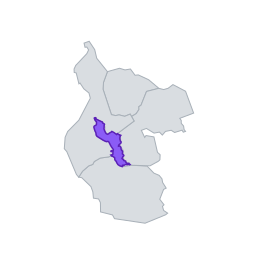 map of Malawi with United Republic of Tanzania, Zimbabwe, Zambia and Mozambique greyed out, rotated 159°
{"feature_id": "MWI", "entity_name": "Malawi", "entity_type": "country or territory", "adm_level": 0, "iso_a3": "MWI", "parent_name": "Africa", "parent_adm1": "", "projection": "mercator", "projection_center": [34.097, -13.263], "detail": "fine", "context": "with_neighbors", "style": "filled", "palette": "violet", "viewbox_px": 256, "rotation_deg": 159, "n_neighbors": 4, "source": "natural_earth", "source_scale": "50m", "svg_char_len": 5069}
<svg xmlns="http://www.w3.org/2000/svg" viewBox="0 0 256 256"><g transform="rotate(159 128 128)"><path d="M146.2,33.0L173.1,48.2L173.6,52.4L183.7,59.5L180.5,68.2L180.9,72.3L185.4,74.9L183.7,81.0L183.6,86.6L189.0,98.2L191.6,99.8L186.0,103.9L178.3,106.7L174.0,106.6L171.5,108.8L164.7,109.9L156.2,107.9L150.9,108.4L148.9,98.6L145.1,93.3L138.1,92.0L123.8,85.6L120.0,76.6L115.9,72.6L114.5,68.4L115.2,64.7L113.9,58.2L116.8,57.9L123.9,50.1L121.9,43.4L123.9,42.5L124.3,38.3L121.5,34.3L124.0,33.5L146.2,33.0Z" fill="#d9dde1" stroke="#a8b0b8" stroke-width="1"/><path d="M127.0,188.0L114.5,186.8L110.0,183.3L104.6,182.2L102.5,174.7L99.4,173.9L91.4,165.6L85.0,154.0L97.6,155.5L107.7,144.6L110.3,144.0L111.1,141.4L115.1,138.5L120.5,137.5L121.0,140.2L126.9,140.1L131.7,143.5L135.1,144.0L138.7,146.4L137.4,173.2L134.5,179.4L127.0,188.0Z" fill="#d9dde1" stroke="#a8b0b8" stroke-width="1"/><path d="M121.0,84.8L138.1,92.0L141.5,95.2L143.3,101.3L140.6,109.1L142.0,115.1L139.8,117.6L137.6,124.4L141.3,126.2L119.8,132.3L120.5,137.5L115.1,138.5L111.1,141.4L110.3,144.0L107.7,144.6L97.6,155.5L85.0,154.0L80.9,151.1L76.3,150.7L70.5,152.4L61.1,141.7L61.4,118.4L76.2,118.5L75.6,116.0L76.6,113.3L75.4,109.9L76.2,106.4L75.5,104.2L77.9,104.3L78.3,106.6L86.1,107.1L88.5,110.4L94.2,111.4L98.5,109.1L100.1,112.9L105.5,113.9L111.0,121.0L116.4,121.0L115.8,113.2L113.9,114.5L107.0,110.4L109.2,94.7L107.6,91.5L109.6,86.9L111.5,86.1L121.0,84.8Z" fill="#d9dde1" stroke="#a8b0b8" stroke-width="1"/><path d="M150.9,108.4L156.2,107.9L164.7,109.9L171.5,108.8L174.0,106.6L178.3,106.7L186.0,103.9L191.6,99.8L192.8,103.0L193.6,127.9L194.9,131.5L190.0,141.9L185.5,146.4L171.1,152.9L152.5,169.3L151.9,174.7L155.2,180.4L156.7,187.2L158.0,186.8L156.6,197.9L158.3,199.2L157.2,202.4L154.3,205.2L139.9,212.1L136.8,215.0L137.4,218.3L139.2,218.8L138.6,223.0L133.2,222.9L131.0,213.1L132.2,204.3L127.0,188.0L134.5,179.4L137.4,173.2L138.7,146.4L135.1,144.0L131.7,143.5L126.9,140.1L121.0,140.2L119.8,132.3L141.3,126.2L145.4,129.8L147.4,129.1L150.2,130.9L150.6,133.9L149.1,137.3L149.6,142.5L154.2,147.0L156.4,141.9L159.4,140.4L158.8,130.9L155.9,125.6L153.3,123.3L150.9,123.4L148.9,113.9L150.9,108.4Z" fill="#d9dde1" stroke="#a8b0b8" stroke-width="1"/><path d="M141.2,126.6L140.9,126.0L140.6,126.2L140.1,126.5L139.9,126.6L139.7,126.5L139.6,126.3L139.3,125.6L138.9,125.1L138.5,124.9L138.2,124.7L138.3,124.5L138.4,124.3L138.4,124.2L138.2,123.9L137.5,123.6L138.1,123.2L138.5,122.8L138.8,122.5L139.1,121.8L139.4,121.0L139.6,120.8L139.7,120.3L139.6,119.8L139.7,119.1L139.8,118.4L139.6,118.2L139.4,117.7L139.6,117.0L140.0,116.5L141.5,115.9L142.6,115.5L142.9,115.3L143.2,114.8L143.4,114.4L142.4,114.3L142.2,114.1L141.6,112.7L141.9,111.1L142.0,110.5L142.0,109.7L141.9,109.1L141.6,108.9L141.4,108.5L141.5,107.7L142.3,106.5L142.5,105.8L142.2,105.3L141.9,104.6L141.7,104.1L141.7,103.9L141.9,103.6L142.3,103.3L142.7,103.3L143.1,103.1L144.5,101.7L144.3,101.0L143.7,100.3L143.6,100.0L143.6,99.2L143.4,98.9L142.6,98.4L142.0,97.8L142.2,97.2L142.3,96.5L142.0,96.1L141.6,95.8L141.3,95.2L141.2,94.8L140.9,94.6L140.6,94.6L140.3,94.9L140.1,94.9L139.8,94.8L139.7,94.4L139.7,94.0L139.5,93.8L139.3,93.4L139.2,93.2L139.4,93.2L139.6,93.1L140.7,93.9L141.4,93.9L142.2,94.0L142.8,94.7L143.1,94.7L143.6,94.7L144.8,94.6L145.2,94.7L145.9,95.1L146.1,95.1L146.5,95.1L146.6,94.8L146.5,94.4L146.6,94.1L146.9,93.9L147.5,94.2L149.2,95.6L150.3,97.1L150.6,97.7L150.6,98.0L150.9,99.2L151.0,99.8L150.9,100.2L150.9,100.6L151.1,101.1L151.0,101.3L151.4,102.0L151.6,102.6L151.6,103.2L151.5,103.8L151.2,104.6L151.1,105.0L151.2,105.3L151.4,105.6L151.8,106.0L152.0,106.4L152.2,106.9L152.4,107.2L152.6,107.1L152.9,107.2L153.2,107.5L153.5,108.0L153.6,108.6L153.7,108.9L152.8,108.8L151.6,108.9L151.3,109.2L151.2,109.7L150.8,110.7L150.6,111.1L150.2,111.8L149.6,112.8L149.4,113.1L149.5,113.4L149.8,114.8L150.2,116.2L150.3,116.7L150.6,118.6L150.7,120.0L150.8,120.7L150.9,121.8L151.2,122.4L151.6,122.7L152.9,122.9L153.3,123.2L154.1,123.9L155.7,125.7L156.6,126.9L157.4,127.9L158.9,129.9L160.0,131.4L160.1,132.8L160.3,133.0L159.9,134.0L159.7,135.7L159.9,136.8L159.8,138.8L159.6,140.8L159.3,141.5L159.0,141.8L158.2,142.0L156.5,142.3L156.3,142.5L156.0,142.9L155.7,143.9L155.3,144.8L155.2,145.3L155.6,145.8L156.0,147.1L156.0,149.2L155.9,149.4L155.4,149.5L154.9,149.4L154.6,149.3L154.4,149.1L154.3,148.6L154.6,148.3L154.8,147.8L154.5,147.3L154.1,147.2L153.5,146.7L152.3,145.3L151.2,144.3L150.6,143.5L150.0,143.1L149.8,142.9L149.7,142.6L149.7,142.1L149.8,141.7L149.6,141.3L148.9,140.6L148.7,140.3L148.6,139.9L148.9,139.5L149.4,138.9L149.8,137.9L150.0,137.3L150.7,136.0L150.8,134.8L150.8,133.9L150.8,133.2L150.6,131.8L150.5,130.8L149.6,129.6L149.3,129.4L148.4,129.5L147.6,129.7L147.2,130.0L146.7,130.0L145.2,130.2L144.7,130.3L144.5,130.6L144.3,130.6L143.4,129.6L142.6,128.6L141.5,126.8L141.2,126.6ZM152.0,112.7L151.7,112.8L151.6,112.6L151.6,112.3L151.7,112.0L152.0,111.9L152.1,112.0L152.3,112.1L152.3,112.3L152.2,112.6L152.0,112.7ZM151.4,112.0L151.3,112.4L151.0,112.4L150.7,112.0L150.8,111.8L151.1,111.7L151.3,111.8L151.4,112.0Z" fill="#8b5cf6" stroke="#5b21b6" stroke-width="1.5"/></g></svg>